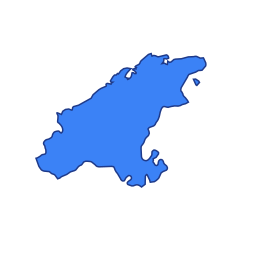 SVG path tracing the border of Cantabria, rotated 337°
{"feature_id": "ESP-5813", "entity_name": "Cantabria", "entity_type": "Autonomous Community", "adm_level": 1, "iso_a3": "ESP", "parent_name": "Spain", "parent_adm1": "", "projection": "orthographic", "projection_center": [-3.983, 43.14], "detail": "fine", "context": "isolated", "style": "filled", "palette": "blue", "viewbox_px": 256, "rotation_deg": 337, "n_neighbors": 0, "source": "natural_earth", "source_scale": "10m", "svg_char_len": 4285}
<svg xmlns="http://www.w3.org/2000/svg" viewBox="0 0 256 256"><g transform="rotate(337 128 128)"><path d="M68.4,86.4L68.6,86.4L69.0,86.5L72.0,89.5L74.5,87.1L77.7,86.5L80.9,87.4L83.1,89.5L83.8,89.5L85.0,87.6L86.1,87.0L91.4,87.7L105.7,86.2L108.9,83.7L116.1,81.4L118.8,81.0L124.0,81.0L124.6,80.6L124.7,79.8L124.9,79.1L125.9,78.8L126.7,79.0L129.5,81.0L130.0,80.3L130.5,80.1L131.1,80.1L131.8,79.9L131.3,79.7L130.2,78.8L130.2,77.8L134.2,74.9L136.2,74.0L138.1,74.6L139.5,73.7L139.8,73.8L140.4,74.5L143.7,72.5L147.2,71.7L150.6,72.4L153.8,74.5L148.8,76.8L146.7,78.2L145.2,79.9L146.4,81.4L146.9,81.8L147.5,82.2L147.1,82.3L146.8,82.3L146.6,82.5L146.7,83.2L147.9,83.2L149.0,83.0L150.7,82.2L151.5,81.4L153.0,79.2L153.4,78.7L154.4,79.1L155.5,80.6L156.6,81.0L157.1,80.3L156.8,78.9L156.1,77.4L155.3,76.7L155.3,75.7L156.9,75.9L157.6,76.2L158.4,76.7L158.6,75.9L159.3,75.7L158.4,74.5L159.6,73.9L163.0,73.7L164.3,72.9L165.5,71.7L166.7,71.1L175.5,68.3L178.4,68.5L178.2,71.2L180.1,71.3L181.7,72.4L182.9,73.8L184.0,74.4L191.9,75.7L192.5,76.3L192.9,77.1L193.0,78.1L192.8,79.5L192.4,79.7L191.7,79.5L190.7,79.7L190.2,79.3L189.2,78.6L188.1,78.3L187.6,79.2L187.2,80.1L186.3,81.0L184.5,82.0L186.8,82.5L188.1,84.2L189.1,84.9L190.7,82.0L192.0,83.9L193.6,84.0L197.0,82.9L198.7,83.2L204.1,85.1L211.2,86.1L216.4,88.0L217.9,88.3L219.1,88.9L221.8,91.9L224.8,92.9L224.9,93.9L225.0,98.5L224.5,100.0L223.8,101.2L218.9,103.7L217.8,103.5L215.2,102.6L212.2,103.0L205.1,102.5L203.7,103.3L202.4,104.5L192.8,111.6L191.6,113.2L191.2,114.6L191.6,115.7L191.7,116.9L191.8,118.1L191.6,119.2L191.7,120.3L192.1,121.4L192.6,122.5L193.5,125.8L193.7,127.8L190.5,128.1L187.0,127.6L184.9,127.8L182.7,127.4L179.6,125.9L176.3,125.1L173.0,124.6L172.0,124.0L170.2,122.6L169.2,122.2L167.9,122.3L166.2,123.4L163.9,125.9L161.2,129.7L159.5,131.5L158.1,132.7L156.0,133.9L154.3,135.4L153.2,135.9L152.2,136.1L148.9,135.9L147.7,135.9L146.7,136.3L146.0,136.8L146.0,138.2L145.9,139.6L145.5,141.2L144.1,142.7L142.9,143.3L141.1,143.9L139.3,145.0L136.9,147.6L134.8,149.0L133.9,149.4L133.0,150.1L132.8,150.3L131.9,152.2L129.2,159.6L129.0,160.8L129.1,161.9L129.5,163.1L130.3,164.1L131.3,164.9L132.4,165.3L133.5,165.3L135.7,164.6L138.6,162.8L139.5,162.0L140.5,159.9L141.0,159.1L142.0,158.7L143.0,158.4L144.0,158.8L144.8,159.5L145.6,160.6L146.2,161.6L146.5,162.6L145.9,163.8L142.4,166.0L139.1,166.2L138.9,166.9L138.8,167.6L138.1,168.3L137.8,169.1L138.3,171.0L138.3,172.1L138.8,173.1L139.6,173.7L140.6,173.7L141.5,173.1L142.4,171.6L143.3,170.4L144.7,169.7L145.9,169.8L146.8,170.4L147.3,171.4L147.4,172.7L147.2,174.3L147.5,175.6L148.4,177.3L148.7,178.0L148.8,179.1L148.7,180.2L148.0,181.2L146.9,181.8L142.9,181.8L140.9,182.3L136.9,186.0L135.5,186.7L133.2,187.4L131.3,187.7L127.3,186.6L127.6,184.0L127.5,183.0L127.4,179.4L127.3,178.5L127.0,178.1L126.0,178.5L125.1,179.2L121.8,186.5L117.4,187.6L116.2,185.6L115.5,184.8L114.5,184.0L113.3,183.5L110.3,183.3L108.9,182.8L106.7,180.8L105.8,179.9L105.6,179.0L105.9,178.1L106.8,177.5L108.8,176.9L109.9,176.8L110.9,176.3L111.6,175.6L111.9,174.5L111.7,173.3L111.0,172.5L109.9,172.0L107.1,172.8L106.0,173.5L104.5,174.8L104.0,175.1L103.2,175.0L102.3,174.6L101.7,173.8L101.4,173.0L101.3,172.4L101.3,171.4L101.1,170.4L101.0,169.2L100.8,168.1L100.7,166.9L100.5,165.8L99.9,163.6L99.7,161.4L99.8,160.2L99.8,159.1L99.6,158.0L97.9,156.9L86.1,152.4L84.5,151.3L83.8,150.2L83.7,149.9L83.3,148.8L81.1,144.8L80.0,144.0L77.2,142.5L75.8,142.0L73.9,142.0L71.8,143.3L70.7,143.8L69.0,143.8L67.4,144.1L63.5,146.2L62.0,146.3L57.9,145.9L53.5,146.8L47.7,146.8L45.8,147.4L43.4,147.3L42.5,143.3L42.1,142.2L39.8,140.0L39.1,138.5L38.5,137.4L33.8,134.8L32.7,133.8L31.9,132.7L31.3,130.2L31.0,128.4L31.5,119.9L32.9,120.1L36.4,119.6L37.5,119.2L38.6,119.0L40.8,119.5L41.8,119.5L42.8,118.7L43.5,117.0L43.9,115.7L43.9,114.4L44.1,113.3L44.4,112.2L44.1,110.1L44.3,109.0L45.0,108.1L46.4,107.3L47.6,106.9L48.8,106.9L49.9,107.1L51.0,107.2L53.4,106.9L54.5,106.4L55.0,106.0L55.6,105.1L56.4,104.2L58.1,103.1L59.2,102.9L60.5,103.0L62.6,103.5L63.3,104.1L64.0,105.9L64.6,106.5L65.6,106.2L66.4,105.5L67.1,104.6L67.5,103.2L67.7,101.7L67.4,99.5L66.4,96.6L65.9,96.0L65.6,95.0L66.0,94.0L67.4,91.5L68.4,89.3L68.3,87.4L68.4,86.4ZM207.3,108.7L209.4,109.4L211.4,112.4L211.6,114.0L208.0,115.7L207.4,114.8L207.3,108.7Z" fill="#3b82f6" stroke="#1e3a8a" stroke-width="1.5"/></g></svg>